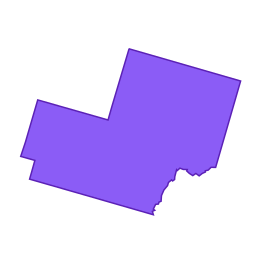 Meade, South Dakota, United States of America, rotated 16°
{"feature_id": "52423323B5171660117524", "entity_name": "Meade", "entity_type": "district", "adm_level": 2, "iso_a3": "USA", "parent_name": "United States of America", "parent_adm1": "South Dakota", "projection": "mercator", "projection_center": [-102.545, 44.59], "detail": "fine", "context": "isolated", "style": "filled", "palette": "violet", "viewbox_px": 256, "rotation_deg": 16, "n_neighbors": 0, "source": "geoboundaries", "source_scale": "gbopen_adm2", "svg_char_len": 732}
<svg xmlns="http://www.w3.org/2000/svg" viewBox="0 0 256 256"><g transform="rotate(16 128 128)"><path d="M107.4,51.6L107.2,52.3L106.6,111.2L106.6,125.8L33.5,125.9L33.3,169.9L32.7,184.9L47.4,184.8L47.5,197.1L47.5,204.3L66.5,204.3L86.4,204.3L92.5,204.3L96.1,204.3L176.3,204.4L174.4,201.4L176.4,199.7L174.7,199.0L175.6,193.8L178.2,192.7L178.2,190.7L180.0,189.3L178.8,183.7L179.6,177.7L181.9,172.5L181.9,169.2L184.2,165.9L185.5,166.6L187.0,164.7L186.4,161.9L186.2,154.7L187.1,155.3L189.0,152.3L192.5,152.6L196.4,151.6L196.3,153.1L199.4,154.7L203.4,155.9L205.8,153.0L209.6,154.4L211.9,151.2L214.5,149.0L214.1,147.8L216.7,146.4L218.7,142.9L223.1,141.7L223.3,51.8L107.4,51.6Z" fill="#8b5cf6" stroke="#5b21b6" stroke-width="1.5"/></g></svg>